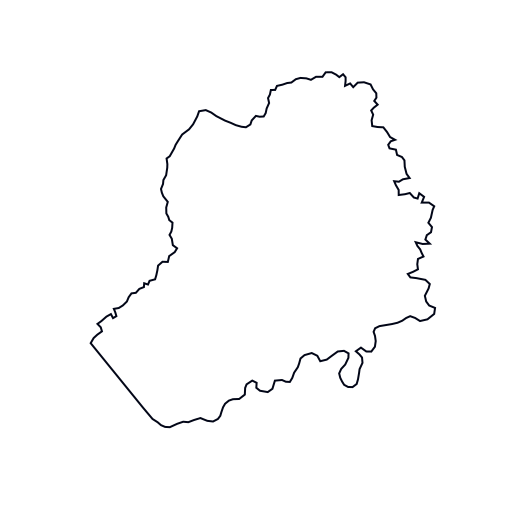 Pinhal Grande, Rio Grande do Sul, Brazil, rotated 71°
{"feature_id": "56859067B41632636644802", "entity_name": "Pinhal Grande", "entity_type": "district", "adm_level": 2, "iso_a3": "BRA", "parent_name": "Brazil", "parent_adm1": "Rio Grande do Sul", "projection": "albers", "projection_center": [-53.335, -29.303], "detail": "fine", "context": "isolated", "style": "outline", "palette": "ink", "viewbox_px": 512, "rotation_deg": 71, "n_neighbors": 0, "source": "geoboundaries", "source_scale": "gbopen_adm2", "svg_char_len": 3212}
<svg xmlns="http://www.w3.org/2000/svg" viewBox="0 0 512 512"><g transform="rotate(71 256 256)"><path d="M342.9,103.4L339.1,100.8L333.7,103.6L329.1,111.6L326.5,117.0L322.4,118.3L322.1,112.7L321.3,107.2L316.3,106.2L311.5,103.8L311.0,97.8L306.8,98.4L303.2,98.6L299.1,100.1L295.0,100.5L298.9,94.5L300.9,87.7L295.6,90.5L291.9,87.7L290.5,82.8L286.0,80.2L280.7,82.2L276.8,78.2L269.8,73.9L267.0,71.3L261.8,75.1L259.5,81.9L254.8,77.8L249.8,81.2L254.3,84.5L252.1,87.7L246.5,90.1L246.1,94.9L244.8,101.2L240.0,99.6L234.5,100.7L230.3,101.0L232.3,96.7L231.3,92.1L232.3,85.4L227.4,86.9L220.1,86.3L213.9,84.5L209.9,85.8L206.4,89.7L201.0,89.1L197.7,94.7L193.9,94.8L191.4,91.2L191.4,86.7L187.2,90.5L181.6,91.7L175.8,93.7L173.6,99.1L171.0,103.8L165.3,102.5L160.5,99.2L155.9,99.7L154.1,96.3L152.5,91.7L147.9,93.7L145.5,90.6L141.3,89.3L136.5,91.1L131.1,91.8L126.9,97.3L125.2,103.4L128.0,109.1L123.5,110.8L124.1,116.4L119.7,114.3L116.2,113.1L112.5,114.5L114.0,119.0L110.6,121.2L106.9,124.7L105.0,130.3L108.2,134.8L106.1,140.9L107.3,146.7L104.4,150.6L102.1,156.0L101.8,160.8L103.5,166.1L102.6,170.2L102.6,175.2L102.0,180.8L105.2,183.8L103.9,187.9L107.9,190.3L110.6,193.2L115.6,193.8L120.0,197.9L124.0,200.3L126.6,203.3L125.5,207.2L123.5,210.5L126.4,215.9L129.8,218.5L131.0,223.6L129.1,227.6L125.7,232.5L121.9,236.5L117.9,241.2L110.8,248.0L105.8,251.6L101.7,256.0L100.6,262.7L104.9,266.1L108.0,269.4L111.0,272.6L114.4,278.0L117.1,286.3L122.0,292.5L124.7,295.8L127.7,298.4L133.6,305.1L134.7,308.8L140.3,309.9L143.7,311.2L150.4,314.7L154.0,318.8L157.7,320.5L161.7,324.0L165.5,324.4L169.4,324.2L176.1,321.8L180.9,325.1L186.6,326.9L190.3,326.2L193.9,326.3L197.3,324.1L202.1,326.1L205.3,328.1L207.9,330.9L212.3,330.0L218.7,331.1L223.0,328.1L225.9,331.6L227.8,338.1L232.9,341.3L231.0,346.3L233.2,351.7L237.4,353.9L241.7,356.5L245.2,359.0L244.8,364.7L247.8,367.4L245.4,370.6L248.9,372.1L249.1,377.0L251.7,381.6L250.8,385.9L253.5,389.8L257.0,392.9L259.4,398.0L260.5,402.7L259.7,407.6L263.5,407.4L267.4,407.6L268.2,411.4L263.7,412.1L264.6,417.1L267.2,423.4L268.6,428.0L272.9,426.0L277.1,426.2L278.7,431.6L280.7,436.2L284.6,440.7L362.9,412.1L376.4,406.9L381.2,403.1L385.0,400.9L388.0,397.6L389.8,393.2L389.0,385.1L389.0,378.8L391.1,374.1L390.9,368.2L391.1,361.4L396.0,355.7L398.5,350.5L397.7,345.1L395.5,341.8L392.4,339.6L388.3,336.4L385.6,333.3L383.9,328.7L383.9,324.4L385.7,318.5L383.4,311.7L377.2,309.2L374.3,306.7L372.6,300.1L376.1,296.7L380.7,298.6L384.7,296.1L388.5,289.2L386.9,283.7L380.0,278.7L381.7,271.8L384.6,268.7L386.1,265.0L383.1,261.4L378.7,257.9L374.8,252.7L371.8,250.3L367.4,247.3L365.5,242.4L365.9,234.9L370.3,230.5L376.4,229.5L377.0,222.8L375.1,217.0L372.9,209.8L374.3,203.7L378.2,200.2L382.4,201.8L387.7,207.0L390.5,212.2L394.1,215.6L398.6,216.0L402.6,215.5L406.5,214.6L409.8,211.6L411.4,207.4L409.8,202.5L405.8,199.7L400.1,196.6L396.7,194.9L391.7,190.1L386.5,188.8L382.6,190.3L378.6,192.6L376.8,186.6L382.2,182.8L383.9,178.1L380.5,173.1L375.4,170.5L370.3,169.5L366.0,169.5L363.1,166.9L362.5,162.1L364.6,149.7L365.2,143.9L364.8,138.8L363.5,134.2L363.1,129.8L366.4,125.7L370.9,122.1L371.7,114.5L368.8,106.4L363.4,103.6L359.2,108.4L354.4,109.9L348.6,109.3L342.9,103.4Z" fill="none" stroke="#020617" stroke-width="2"/></g></svg>